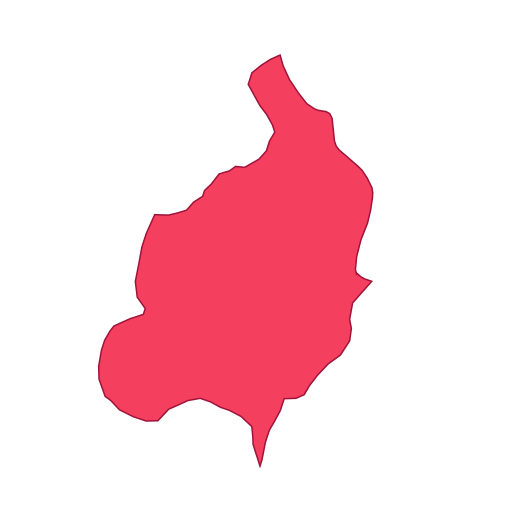 Kabsan, Ryanggang, North Korea, rotated 288°
{"feature_id": "82179303B90819617668456", "entity_name": "Kabsan", "entity_type": "district", "adm_level": 2, "iso_a3": "PRK", "parent_name": "North Korea", "parent_adm1": "Ryanggang", "projection": "equal_earth", "projection_center": [128.401, 41.122], "detail": "fine", "context": "isolated", "style": "filled", "palette": "rose", "viewbox_px": 512, "rotation_deg": 288, "n_neighbors": 0, "source": "geoboundaries", "source_scale": "gbopen_adm2", "svg_char_len": 1459}
<svg xmlns="http://www.w3.org/2000/svg" viewBox="0 0 512 512"><g transform="rotate(288 256 256)"><path d="M437.3,230.4L445.2,223.1L454.6,216.8L447.3,208.8L439.2,202.2L429.0,195.5L416.8,195.6L408.5,204.4L400.2,213.3L394.0,222.2L385.8,231.1L379.6,235.6L369.4,233.3L359.2,233.4L349.0,228.9L336.8,217.8L334.9,208.9L328.8,204.5L322.7,195.6L310.5,191.2L302.4,186.8L296.2,186.8L288.1,180.1L278.0,175.7L271.9,166.8L267.9,160.2L265.9,153.5L264.0,146.9L243.6,144.7L229.3,144.7L212.9,146.9L194.5,149.1L180.1,155.8L171.8,166.9L165.7,166.9L157.6,155.8L151.6,149.2L145.5,142.5L139.4,140.3L129.2,138.1L119.0,138.1L102.6,140.4L90.3,144.8L75.9,155.9L73.7,162.6L67.5,173.7L65.2,189.2L65.1,202.5L69.0,213.6L83.3,220.3L91.3,229.2L97.4,235.8L103.4,246.9L103.2,258.0L101.1,269.1L101.0,278.0L98.8,291.4L92.5,304.7L82.2,309.2L76.0,311.4L69.8,315.8L63.6,320.3L57.4,324.7L63.6,324.7L82.0,322.5L94.3,322.5L104.5,324.7L116.7,326.9L129.0,326.9L133.0,338.0L139.0,344.7L149.2,346.9L161.5,351.3L175.7,358.0L187.9,366.9L204.2,371.3L216.5,369.1L224.8,364.6L241.2,362.4L251.4,366.8L267.7,373.9L267.7,371.6L267.8,366.3L268.7,362.0L270.8,357.2L270.1,357.0L273.9,354.7L286.6,351.9L304.0,350.8L321.8,351.9L335.2,350.8L347.7,348.7L352.4,347.4L356.6,345.3L364.4,337.8L370.2,330.5L372.6,325.9L382.5,302.4L385.3,298.3L389.6,295.1L410.5,285.8L414.2,282.1L415.0,278.0L413.8,270.3L414.0,266.2L416.5,257.3L424.2,245.9L433.7,233.8L437.3,230.4Z" fill="#f43f5e" stroke="#9f1239" stroke-width="1.5"/></g></svg>